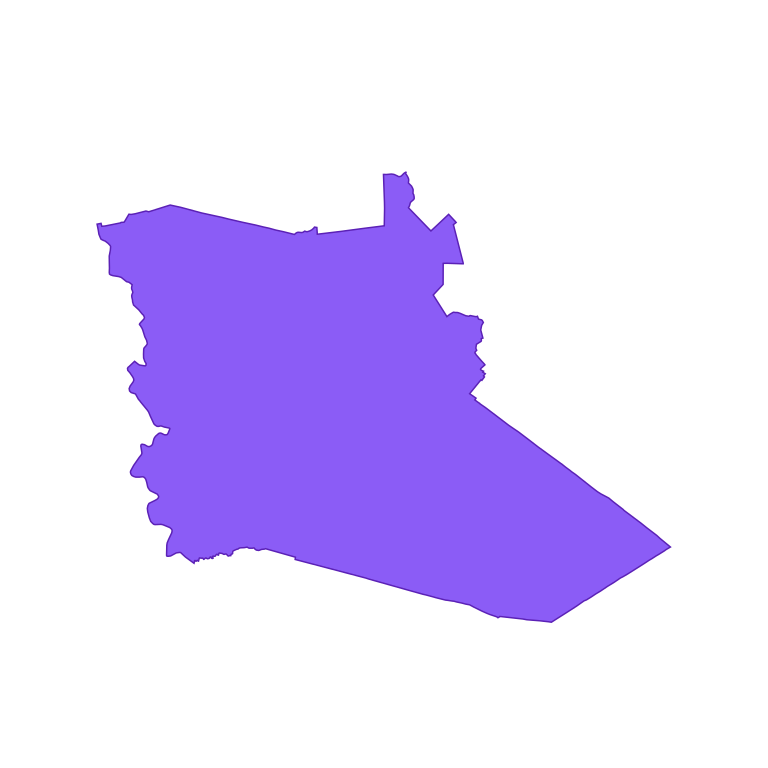 Nga Nam, Sóc Trăng, Vietnam, rotated 279°
{"feature_id": "81297802B9638596310151", "entity_name": "Nga Nam", "entity_type": "district", "adm_level": 2, "iso_a3": "VNM", "parent_name": "Vietnam", "parent_adm1": "Sóc Trăng", "projection": "orthographic", "projection_center": [105.605, 9.526], "detail": "fine", "context": "isolated", "style": "filled", "palette": "violet", "viewbox_px": 768, "rotation_deg": 279, "n_neighbors": 0, "source": "geoboundaries", "source_scale": "gbopen_adm2", "svg_char_len": 6111}
<svg xmlns="http://www.w3.org/2000/svg" viewBox="0 0 768 768"><g transform="rotate(279 384 384)"><path d="M174.9,586.6L179.7,592.0L187.0,600.3L194.7,608.9L201.1,615.5L202.4,617.7L206.0,621.9L209.8,626.0L213.4,630.3L219.1,636.4L224.3,642.5L229.5,648.0L230.9,650.0L234.5,654.4L247.6,669.3L251.7,673.8L253.4,675.9L257.0,679.9L258.6,681.9L263.2,687.2L264.3,688.2L267.8,692.4L274.7,680.7L277.1,677.1L283.1,666.0L286.6,659.9L296.7,640.8L297.5,639.8L303.5,628.9L306.5,623.9L309.4,615.4L311.0,611.7L315.0,604.3L324.6,587.3L326.7,583.0L327.6,581.5L330.2,576.5L332.9,571.8L333.0,571.4L334.5,568.5L345.8,546.3L351.0,536.8L357.6,524.5L362.7,513.7L369.6,500.9L376.2,488.6L379.5,481.8L379.8,481.6L380.8,479.4L382.5,476.2L384.4,477.1L387.8,470.1L400.9,477.7L403.3,479.2L402.9,480.1L406.7,482.1L407.6,481.0L410.0,482.4L411.1,479.7L412.2,480.3L412.7,478.3L413.3,477.2L413.7,477.0L414.4,477.2L418.7,480.7L419.5,479.9L422.1,476.6L427.4,470.3L427.9,470.0L429.0,468.9L430.1,469.1L431.8,470.3L433.5,469.2L434.1,469.1L437.7,469.1L441.3,473.2L441.9,473.4L444.1,473.0L444.8,474.5L452.5,471.1L455.6,471.2L457.3,471.3L460.3,472.5L462.0,471.2L462.6,470.4L462.9,467.2L465.5,465.7L465.3,465.4L464.9,464.4L464.9,463.1L465.1,458.5L464.8,457.9L464.3,457.5L464.2,457.2L464.2,454.1L465.7,448.1L466.1,445.7L466.0,444.4L465.8,443.5L465.8,441.6L465.6,441.1L463.4,438.4L461.9,436.9L460.4,435.6L479.6,418.7L491.6,426.8L512.4,423.6L513.1,427.4L515.1,443.4L515.6,443.4L551.8,427.8L552.2,427.6L554.8,430.0L555.7,429.0L561.7,421.3L549.9,412.2L542.5,406.4L561.9,380.6L564.0,381.3L566.9,381.6L567.9,382.0L570.9,384.5L571.9,384.8L573.5,384.5L575.5,383.8L576.8,382.8L579.6,382.5L580.7,382.3L581.9,381.6L583.7,380.3L584.9,378.7L586.3,376.7L589.4,376.5L590.4,376.2L591.8,375.4L593.6,374.0L594.8,372.8L595.4,372.5L596.1,372.4L597.0,373.0L596.0,371.6L595.0,370.6L592.3,368.7L591.8,368.1L591.2,366.7L591.2,365.6L591.6,364.7L592.5,361.5L592.6,360.1L592.5,358.3L591.4,354.0L590.9,350.7L563.7,356.0L557.5,357.1L540.3,359.5L534.7,340.2L527.9,317.3L521.5,294.7L528.1,293.2L528.1,290.8L526.8,290.1L524.9,288.5L523.5,286.6L522.5,284.6L522.3,283.3L522.6,281.8L521.2,280.3L520.7,279.0L520.5,275.9L520.2,274.7L519.4,273.6L517.7,272.1L518.7,260.6L519.1,253.2L519.9,246.0L520.2,240.7L520.9,232.4L521.6,219.1L522.6,204.6L523.2,198.1L524.4,177.2L526.7,155.6L527.3,144.8L517.3,124.7L517.6,121.8L513.2,111.6L511.9,107.7L511.8,105.5L504.5,102.6L503.1,101.9L502.5,99.1L501.8,98.3L500.7,95.3L496.5,84.0L495.6,80.6L498.4,79.4L497.0,75.6L491.3,77.7L487.3,79.0L483.8,81.1L482.7,81.9L482.0,84.1L481.5,86.3L479.8,89.4L477.9,91.9L476.9,92.5L473.1,92.8L467.4,92.6L461.0,93.7L455.4,94.7L451.2,95.2L449.6,95.7L449.0,96.9L448.6,99.2L448.6,105.2L448.2,107.8L444.8,113.7L444.6,116.2L442.7,119.7L439.8,119.6L438.4,119.9L436.4,121.1L434.9,121.6L433.2,121.1L431.6,121.0L429.9,121.5L427.7,122.4L425.7,122.9L422.8,124.3L418.9,130.2L415.4,134.1L414.2,135.8L412.2,137.0L410.8,136.8L406.3,133.8L405.2,133.2L404.4,133.2L403.6,134.2L401.0,136.4L399.7,137.2L393.2,140.4L390.1,142.6L387.3,143.8L386.1,143.8L383.9,142.6L382.3,141.5L381.0,141.2L375.9,141.8L372.1,142.5L368.9,144.2L366.9,145.9L365.1,145.9L364.5,145.2L364.5,139.5L365.3,137.8L367.4,134.1L361.4,129.5L360.4,128.6L359.3,128.2L357.4,128.8L355.3,131.3L351.8,134.6L350.2,135.8L348.6,136.3L346.8,135.9L342.3,133.6L339.6,133.0L337.3,133.8L336.0,135.6L335.3,140.1L330.3,144.0L329.5,145.1L328.3,146.3L321.1,154.4L319.5,155.9L315.6,158.3L308.6,163.0L307.7,164.2L306.9,165.9L306.7,166.6L306.9,168.1L307.6,169.8L307.7,170.5L307.1,173.9L306.9,178.4L306.6,179.4L306.2,179.5L301.4,178.4L300.1,177.7L299.8,177.1L299.5,175.6L299.6,174.7L300.4,172.2L300.6,171.1L300.4,170.1L299.9,169.2L296.9,166.7L295.3,165.8L293.7,165.3L288.4,164.8L287.3,164.3L286.3,163.4L285.5,162.1L285.3,160.7L285.5,159.9L286.6,157.0L286.7,154.5L286.5,154.1L286.0,153.6L284.7,153.5L278.3,155.6L277.3,155.7L276.0,155.3L273.4,153.8L264.5,149.5L258.6,147.4L257.4,147.3L256.5,147.6L255.2,148.3L254.2,149.3L253.5,151.2L253.2,153.4L253.8,157.1L254.6,160.0L254.6,160.7L254.4,161.5L253.6,162.7L252.6,163.6L249.8,165.0L245.7,166.6L244.6,167.2L242.6,169.1L242.0,170.0L239.7,177.4L238.2,178.7L237.4,179.1L236.3,178.9L235.0,178.2L233.3,176.2L229.5,170.8L228.9,170.4L226.9,169.8L224.1,169.7L220.6,170.7L215.0,173.2L211.8,175.1L210.1,177.3L209.4,178.6L209.3,179.8L210.5,185.7L210.4,187.7L208.7,194.9L207.4,196.9L206.5,197.5L205.6,197.7L203.7,197.6L196.5,195.5L193.1,194.7L190.8,194.7L181.0,196.0L180.3,196.2L180.0,196.6L180.1,197.9L180.8,200.2L184.7,205.3L185.7,208.6L185.7,209.5L182.0,215.0L177.2,224.4L178.9,224.6L179.4,224.5L179.8,224.5L180.1,224.9L180.1,225.1L179.6,225.9L179.6,226.2L180.0,226.6L180.3,226.8L180.6,227.2L180.6,227.4L180.0,228.2L180.0,228.5L183.0,228.8L183.3,228.9L183.4,230.9L183.6,232.1L183.6,232.4L182.6,233.3L182.6,233.5L183.9,234.6L184.2,235.0L184.3,235.5L184.1,235.8L183.9,236.6L183.8,237.2L184.3,238.4L184.8,239.0L185.6,239.2L186.0,239.6L186.1,240.0L185.9,240.4L185.2,240.7L184.9,241.1L184.8,241.5L184.9,242.1L185.1,242.4L185.4,242.4L186.6,241.8L187.0,241.8L187.3,242.1L187.3,243.4L187.4,244.0L187.8,244.4L189.2,245.0L189.6,245.4L189.7,245.6L189.7,245.9L189.2,246.5L189.0,247.0L189.1,247.3L190.8,247.4L191.1,247.5L191.3,247.8L191.3,250.9L190.8,251.9L190.7,252.5L190.8,253.1L191.2,253.7L191.3,254.8L191.1,255.3L190.0,256.4L189.8,256.9L189.8,257.5L190.3,258.2L190.5,259.5L191.5,259.6L191.9,259.7L192.6,260.9L193.0,261.0L194.4,260.8L195.0,260.9L195.6,261.2L197.6,264.2L198.2,265.7L199.0,266.4L199.5,267.2L199.8,268.2L200.5,271.6L201.4,274.1L201.4,274.5L200.8,276.1L200.8,276.9L201.2,279.6L201.7,281.0L201.7,281.3L201.5,281.7L200.9,282.2L200.3,283.2L200.0,284.0L200.0,286.2L200.3,286.9L201.5,289.0L202.3,292.0L202.8,292.7L199.1,323.6L196.8,323.7L189.5,396.3L188.9,400.0L184.1,440.8L182.4,455.5L182.2,458.6L181.4,466.1L181.1,468.4L180.2,478.5L180.3,480.9L180.3,485.2L180.4,487.2L180.1,489.6L179.8,495.3L179.4,499.0L179.3,503.1L177.6,507.9L175.0,516.3L173.6,521.5L172.9,524.6L171.8,531.2L171.6,532.1L171.0,532.9L171.0,533.1L171.6,534.0L172.4,534.5L172.6,536.1L173.6,558.0L173.5,561.9L174.5,574.8L174.9,583.7L174.9,586.6Z" fill="#8b5cf6" stroke="#5b21b6" stroke-width="1.5"/></g></svg>